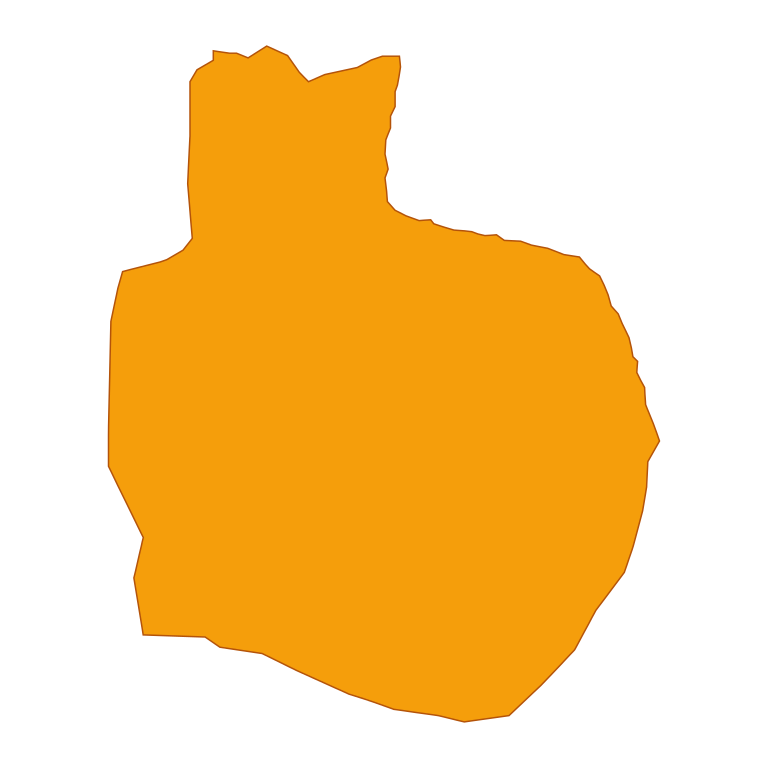 outline of Ar Rashad, South Kordufan, Sudan
{"feature_id": "16777658B6695424981162", "entity_name": "Ar Rashad", "entity_type": "district", "adm_level": 2, "iso_a3": "SDN", "parent_name": "Sudan", "parent_adm1": "South Kordufan", "projection": "orthographic", "projection_center": [31.122, 11.808], "detail": "fine", "context": "isolated", "style": "filled", "palette": "amber", "viewbox_px": 768, "rotation_deg": 0, "n_neighbors": 0, "source": "geoboundaries", "source_scale": "gbopen_adm2", "svg_char_len": 2693}
<svg xmlns="http://www.w3.org/2000/svg" viewBox="0 0 768 768"><path d="M399.4,56.2L397.1,56.2L392.4,56.2L386.8,56.2L382.4,56.2L371.3,60.0L357.3,67.5L326.0,74.3L324.7,74.6L308.5,81.7L304.2,77.4L299.2,72.2L294.9,66.0L293.8,64.5L287.6,55.6L266.7,46.1L248.1,57.9L236.5,53.2L229.5,53.2L218.5,51.6L213.3,50.8L213.3,60.3L197.0,69.8L190.0,81.7L190.0,100.7L190.0,136.3L189.9,137.8L189.4,147.8L188.5,166.2L187.7,183.8L189.4,203.9L191.0,223.4L192.3,238.4L183.0,250.2L167.6,259.2L166.7,259.7L160.1,262.0L159.7,262.1L151.8,264.1L141.1,266.8L138.0,267.6L130.5,269.5L122.6,271.6L117.9,288.2L116.4,295.4L113.5,309.0L110.9,321.4L110.7,330.6L109.7,376.3L109.1,402.5L108.6,425.4L108.5,435.5L108.5,466.3L111.6,472.6L117.6,485.1L128.8,507.9L140.9,532.7L143.3,537.5L142.2,542.0L141.3,546.2L139.7,552.9L135.5,571.3L133.9,577.9L134.9,584.1L138.4,605.2L142.2,628.4L143.2,634.9L166.8,635.7L205.1,637.0L219.9,647.2L237.9,649.9L262.1,653.5L271.1,657.9L289.5,667.0L294.3,669.3L295.8,670.1L299.3,671.7L316.1,679.3L327.9,684.6L335.4,688.0L345.9,692.7L348.9,694.1L363.8,698.8L372.5,701.7L388.0,707.2L392.7,708.9L393.6,709.3L396.7,709.7L403.1,710.6L415.4,712.4L430.8,714.5L434.3,715.0L438.3,715.6L443.0,716.7L452.3,719.0L457.1,720.2L464.3,721.9L471.9,720.8L496.2,717.4L509.0,715.6L532.6,693.2L540.8,685.5L552.4,673.4L559.8,665.6L565.4,659.6L569.7,655.0L572.4,652.2L574.0,650.5L574.7,649.7L577.2,645.1L584.3,631.8L588.4,624.3L591.9,617.6L593.4,614.9L594.7,612.5L595.8,610.4L599.1,606.0L603.5,600.2L614.8,585.1L621.4,576.3L624.3,572.4L626.8,565.2L629.0,558.6L632.0,549.9L633.2,546.1L634.1,542.8L635.2,538.7L637.6,529.7L642.6,510.9L645.3,495.0L646.3,488.7L646.6,487.1L646.7,484.4L647.6,466.3L647.7,464.1L647.8,461.7L650.5,456.9L656.4,446.5L659.5,441.0L656.9,433.5L653.3,423.6L649.1,413.3L647.2,408.7L645.6,404.6L645.3,399.8L644.9,394.0L644.6,387.5L640.7,380.4L636.8,372.5L637.1,367.8L637.6,361.4L632.9,356.7L631.4,348.0L629.0,337.7L625.8,331.0L622.1,323.4L618.2,313.9L611.2,306.0L608.1,294.9L604.2,285.4L599.6,275.9L594.5,272.4L589.5,268.8L585.3,264.2L579.4,257.0L571.6,255.8L563.9,254.6L555.2,251.2L547.7,248.3L540.4,246.9L531.4,245.1L520.6,241.2L512.4,240.8L504.3,240.4L496.5,234.8L490.2,235.3L484.9,235.6L478.0,234.0L471.8,231.7L464.8,230.9L460.9,230.6L454.0,230.1L444.9,227.4L440.8,226.1L433.8,223.8L430.7,219.8L424.4,220.2L419.1,220.6L414.4,218.9L410.5,217.5L405.9,215.8L401.8,213.7L395.1,210.3L392.0,206.8L387.4,201.6L387.0,196.7L386.6,191.3L385.9,185.4L385.0,177.9L386.6,173.5L388.1,169.1L387.0,163.5L385.0,154.1L385.8,139.9L387.8,134.7L390.5,128.0L390.5,122.2L390.5,116.1L395.1,106.6L395.1,99.9L395.1,91.6L397.4,85.2L399.0,76.5L400.5,67.0L400.0,61.8L399.4,56.2Z" fill="#f59e0b" stroke="#b45309" stroke-width="1.5"/></svg>